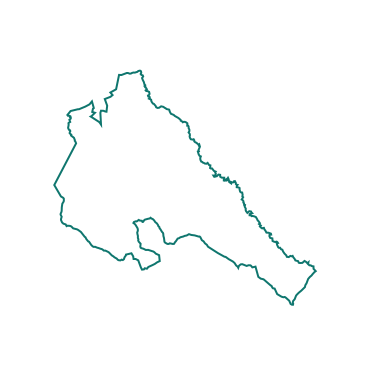 the district of Cassilândia, Mato Grosso do Sul, Brazil, rotated 23°
{"feature_id": "56859067B2617733556804", "entity_name": "Cassilândia", "entity_type": "district", "adm_level": 2, "iso_a3": "BRA", "parent_name": "Brazil", "parent_adm1": "Mato Grosso do Sul", "projection": "mercator", "projection_center": [-52.105, -19.06], "detail": "fine", "context": "isolated", "style": "outline", "palette": "teal", "viewbox_px": 384, "rotation_deg": 23, "n_neighbors": 0, "source": "geoboundaries", "source_scale": "gbopen_adm2", "svg_char_len": 6073}
<svg xmlns="http://www.w3.org/2000/svg" viewBox="0 0 384 384"><g transform="rotate(23 192 192)"><path d="M97.9,100.8L96.7,100.6L95.3,101.6L94.8,102.7L92.8,104.4L91.5,104.9L90.4,105.7L89.5,106.8L88.5,107.4L86.5,107.5L85.4,108.0L81.3,111.9L79.1,112.7L82.0,127.1L78.0,132.3L81.0,133.8L79.8,136.2L75.4,140.5L80.2,145.7L81.9,151.5L80.7,151.8L78.9,151.8L76.5,152.7L76.7,154.9L81.9,165.5L80.1,164.3L79.0,163.8L69.3,162.1L69.9,161.4L71.7,157.0L68.9,157.3L68.3,154.1L68.8,153.1L64.5,147.7L63.4,151.4L60.4,155.1L55.7,159.9L54.5,160.5L48.6,164.9L47.2,169.8L48.1,170.3L49.2,169.8L50.2,169.8L50.4,170.7L51.2,170.6L51.7,171.8L50.9,173.4L52.5,175.1L51.4,176.6L51.6,177.4L52.2,178.3L52.9,181.4L54.4,182.8L55.7,182.9L56.2,183.6L56.1,184.7L56.5,185.8L58.5,186.4L58.6,187.3L62.1,188.2L63.8,189.9L64.1,190.7L64.8,191.0L66.3,192.5L62.5,239.4L73.1,247.3L75.8,247.7L76.6,248.2L77.4,250.0L77.6,251.0L77.2,253.4L78.1,256.9L79.3,260.0L79.6,261.2L79.6,263.4L79.9,264.2L81.7,265.7L82.0,268.2L82.5,269.1L84.3,270.8L86.0,271.4L88.4,271.2L89.9,272.4L90.5,271.7L92.5,271.0L93.6,270.8L94.7,271.0L96.8,271.9L100.7,271.3L102.0,271.4L105.4,272.2L110.8,275.2L111.6,275.3L113.1,276.6L115.7,278.0L116.7,278.0L119.9,280.1L121.9,280.9L123.1,280.9L124.2,280.3L126.7,280.3L127.6,280.1L130.0,280.0L131.1,279.8L132.2,279.9L133.7,280.4L135.2,279.8L137.7,279.9L138.9,280.0L143.0,281.7L145.0,282.0L146.0,282.4L148.7,282.7L150.2,283.4L151.4,283.4L152.9,282.9L153.6,281.8L154.9,281.7L155.6,280.4L155.4,278.5L155.9,276.3L155.7,275.4L160.2,272.1L163.0,274.2L164.4,276.5L166.3,275.7L169.2,275.9L174.4,281.4L176.3,283.0L178.0,282.0L178.3,280.7L180.5,280.2L181.1,278.1L184.3,274.6L185.9,272.7L187.4,270.3L189.3,268.2L186.4,263.0L182.8,262.9L181.1,262.2L179.9,261.9L174.3,262.4L172.1,263.4L169.4,263.2L168.0,263.4L166.6,263.4L165.8,262.6L164.9,259.7L162.3,258.5L161.4,257.6L161.1,256.4L160.1,255.4L159.4,253.6L158.1,251.9L157.4,250.7L157.3,248.9L156.7,247.5L156.0,246.6L152.7,244.2L151.5,243.7L150.2,243.4L150.3,242.3L151.6,241.0L152.6,240.7L153.9,238.5L154.9,238.7L157.1,238.1L158.1,238.9L158.7,238.5L159.0,236.7L159.4,235.9L161.9,233.9L163.4,232.9L163.9,231.9L165.1,232.3L166.3,232.2L168.2,232.9L170.0,234.1L171.9,234.6L173.6,235.7L174.4,236.6L175.6,237.0L176.5,238.2L177.3,238.5L179.9,240.4L181.1,240.9L181.8,241.6L182.9,243.7L184.2,245.3L186.1,248.6L187.0,249.1L188.4,249.3L189.6,249.4L190.9,248.9L191.6,247.9L194.8,247.3L195.8,246.6L195.9,245.1L196.4,243.7L197.0,240.5L198.1,239.6L199.0,238.2L201.6,236.2L202.2,235.4L204.1,234.1L205.7,232.0L208.2,231.8L211.4,230.9L215.7,230.4L216.4,230.0L217.3,230.3L219.9,232.5L222.0,232.9L224.0,234.2L226.3,234.8L228.1,236.1L239.7,238.1L247.2,238.9L248.3,238.6L252.2,239.5L256.7,240.0L258.9,240.7L261.4,242.4L263.2,242.9L264.2,243.7L264.0,241.9L264.5,240.7L265.2,239.5L266.6,238.8L271.2,238.7L272.6,237.4L274.3,236.7L275.1,236.8L277.0,237.8L279.6,235.9L286.2,244.2L289.1,244.9L292.0,244.4L301.0,247.3L301.8,247.3L303.3,248.6L304.2,249.0L305.8,248.6L310.3,252.7L315.3,253.4L317.2,253.2L318.4,252.4L319.6,252.6L324.0,254.1L326.5,256.5L328.1,256.7L329.0,256.3L328.8,255.3L327.9,254.3L327.7,252.7L328.4,250.6L328.3,246.9L328.5,245.9L329.6,243.1L331.2,240.0L333.1,235.4L332.8,233.9L332.8,232.7L333.1,231.6L332.9,226.6L333.7,224.1L334.7,222.1L335.0,220.8L336.0,217.9L336.8,216.5L333.9,215.2L332.9,213.0L331.1,213.4L330.0,213.1L328.7,213.6L327.0,213.0L326.6,211.3L326.0,212.5L324.5,211.8L322.5,211.5L321.3,214.1L319.1,215.2L317.9,215.4L316.7,214.2L313.9,214.6L312.5,213.4L310.9,212.6L309.6,211.5L309.0,212.2L307.5,212.4L306.5,214.1L304.6,214.6L303.6,213.5L301.3,212.6L299.1,211.2L297.7,209.8L296.3,209.9L294.9,208.9L293.8,209.4L293.0,209.2L291.0,207.4L290.2,206.3L291.1,205.4L290.2,204.8L289.3,204.6L288.1,205.5L286.7,205.7L285.3,205.6L284.1,203.3L281.9,203.7L280.5,202.4L280.1,201.1L281.5,200.3L280.9,199.5L278.4,199.6L276.4,200.3L274.4,198.7L273.3,198.2L272.2,196.9L271.5,197.3L270.8,198.1L269.4,197.8L268.0,197.2L268.5,196.0L266.2,195.3L266.7,194.2L264.7,192.9L263.5,192.5L262.9,191.8L260.6,190.1L258.8,190.1L257.1,190.4L256.4,190.9L255.3,190.5L254.1,190.9L253.7,189.8L255.7,188.0L254.7,187.6L254.0,186.9L252.2,187.3L251.1,189.6L249.2,188.5L248.4,187.6L248.0,186.3L246.2,184.9L245.9,183.3L245.0,183.5L244.3,182.0L243.4,181.7L243.0,180.4L241.7,179.6L240.7,179.5L241.1,176.8L240.1,176.4L239.7,174.8L238.4,172.9L237.4,173.2L236.2,172.9L234.8,171.1L234.3,169.8L233.2,169.6L231.3,170.1L230.8,168.7L231.1,167.7L230.2,167.8L229.2,167.5L228.8,166.5L227.2,165.2L226.4,165.8L226.6,166.6L225.7,167.4L223.8,167.5L224.4,168.7L222.4,168.3L220.6,165.8L219.6,164.9L219.3,166.7L219.9,167.4L219.2,168.0L218.3,167.2L217.7,168.8L216.8,169.0L216.4,168.1L216.0,166.3L213.6,167.2L212.0,166.9L211.2,165.2L209.6,165.6L208.6,167.9L207.3,168.3L207.1,169.1L206.4,169.3L205.3,168.5L206.4,168.1L206.9,166.9L206.8,165.9L205.6,164.8L205.8,164.0L203.9,164.0L201.3,162.5L200.2,163.0L199.3,162.9L198.5,160.3L197.2,160.5L195.0,159.1L194.3,160.3L192.7,160.8L191.4,160.6L190.5,160.7L189.6,160.3L188.6,160.4L187.1,159.0L186.3,157.5L186.2,155.8L184.9,155.8L183.5,154.8L181.6,152.5L182.4,151.8L181.6,151.0L181.6,147.2L180.1,145.4L179.8,146.2L179.3,145.6L178.3,145.5L176.8,144.9L175.9,145.0L175.1,144.8L174.3,144.5L173.9,143.5L172.9,142.8L172.2,143.5L170.3,143.9L168.9,142.9L168.0,141.6L167.9,140.5L167.2,139.4L165.6,138.5L165.8,136.9L165.1,135.5L164.0,134.6L163.3,133.1L162.6,132.5L161.7,132.8L160.9,130.6L159.5,130.2L158.1,130.2L157.0,130.6L156.3,131.4L155.3,130.9L153.8,130.8L153.4,130.1L150.6,129.2L146.3,128.7L145.1,128.2L142.0,128.2L140.0,126.6L139.3,125.6L138.7,125.1L136.1,125.6L135.0,125.2L134.0,125.2L132.4,124.8L130.1,125.2L128.8,127.3L127.4,128.1L125.9,128.0L125.3,127.3L124.5,126.8L122.5,125.8L121.6,125.9L120.3,125.2L119.2,124.4L118.3,123.0L116.0,122.9L116.4,121.9L115.9,121.1L114.4,121.2L113.8,120.4L114.5,119.7L114.6,118.3L113.4,116.6L111.9,116.5L110.4,116.9L109.6,116.5L110.3,115.1L109.1,114.2L108.0,113.9L107.8,113.0L106.9,112.9L107.1,111.9L106.2,111.5L104.7,109.6L102.9,108.1L101.5,106.6L101.9,104.7L101.1,103.9L99.7,104.0L98.6,103.4L98.7,102.1L97.9,100.8Z" fill="none" stroke="#0f766e" stroke-width="2"/></g></svg>